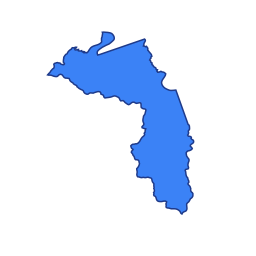 the district of Tonantins, Amazonas, Brazil, rotated 251°
{"feature_id": "56859067B7727099181602", "entity_name": "Tonantins", "entity_type": "district", "adm_level": 2, "iso_a3": "BRA", "parent_name": "Brazil", "parent_adm1": "Amazonas", "projection": "natural_earth1", "projection_center": [-67.705, -2.576], "detail": "fine", "context": "isolated", "style": "filled", "palette": "blue", "viewbox_px": 256, "rotation_deg": 251, "n_neighbors": 0, "source": "geoboundaries", "source_scale": "gbopen_adm2", "svg_char_len": 5940}
<svg xmlns="http://www.w3.org/2000/svg" viewBox="0 0 256 256"><g transform="rotate(251 128 128)"><path d="M204.4,69.3L203.8,70.2L203.4,71.5L202.8,72.7L201.2,74.6L200.5,75.7L200.1,76.5L199.9,77.0L199.8,78.1L200.8,80.3L200.8,81.6L200.2,82.5L199.4,83.2L197.2,83.8L196.3,84.3L195.5,85.2L195.1,86.3L194.6,87.3L193.9,88.5L191.6,88.6L190.5,89.1L189.6,89.7L188.8,90.5L187.6,90.8L186.6,91.5L185.7,92.4L184.8,93.3L183.6,93.2L182.7,93.9L181.7,94.4L180.8,95.1L179.6,96.2L178.8,97.1L177.8,97.9L176.5,97.9L175.2,98.3L174.3,99.0L173.3,100.2L173.0,101.3L173.4,102.5L173.5,103.8L172.3,106.5L172.4,107.7L172.3,110.7L172.1,111.8L171.4,113.2L170.1,113.7L168.9,113.4L167.3,115.2L166.3,115.4L165.1,115.3L163.9,116.0L163.7,117.3L163.1,120.1L162.9,121.5L162.8,122.7L162.9,124.3L162.7,125.8L162.0,127.0L160.2,128.8L159.2,129.4L156.9,129.6L156.0,130.0L155.8,131.1L155.5,132.3L154.3,133.1L153.3,133.4L152.1,134.2L150.5,135.4L149.8,136.3L149.9,137.4L150.8,139.9L150.8,141.2L150.3,142.3L149.4,143.0L148.6,143.9L148.3,145.8L148.1,147.4L147.4,148.1L146.4,148.1L145.4,147.8L144.2,147.4L143.1,147.2L142.0,147.9L141.2,148.7L140.6,150.0L139.7,150.8L138.7,150.6L137.8,149.9L136.8,149.3L135.6,148.5L134.7,147.3L134.1,146.5L132.9,145.9L131.6,145.1L130.5,144.6L129.1,144.3L127.9,144.4L126.6,144.3L125.8,143.7L124.6,141.6L123.7,141.4L123.0,142.2L122.1,143.3L121.4,144.5L120.6,143.8L119.6,143.2L118.5,142.8L117.8,141.6L116.6,141.7L115.6,140.9L114.6,138.4L113.8,137.2L112.9,136.1L112.0,135.2L111.2,134.1L110.5,132.8L110.2,131.1L110.6,130.0L110.7,128.5L111.1,127.3L110.8,125.9L110.2,124.8L108.1,124.7L107.1,125.1L106.2,125.8L105.4,125.0L104.9,123.8L103.8,123.2L102.8,123.6L101.8,123.9L100.5,123.9L99.1,124.5L96.6,124.4L95.6,124.8L95.1,126.0L94.5,127.0L93.6,127.5L92.6,127.5L91.6,127.3L90.6,127.3L89.7,126.7L88.7,125.9L87.5,124.5L86.7,123.0L85.6,122.7L84.5,122.6L83.2,122.3L82.3,121.8L81.1,121.2L79.9,121.0L78.7,121.3L78.1,122.5L77.2,123.6L76.6,124.8L76.4,126.4L75.8,127.4L75.3,128.6L75.2,129.8L75.0,130.9L74.1,132.0L73.5,133.1L72.6,133.8L71.6,133.8L70.4,133.6L69.1,133.6L66.9,134.3L65.7,133.9L64.7,133.5L63.4,133.4L62.5,132.7L61.5,132.8L60.5,132.7L59.3,132.2L58.7,131.2L57.5,131.2L56.7,130.6L55.6,130.5L54.5,131.5L53.6,131.8L50.8,131.7L49.6,132.1L48.8,132.8L48.0,134.3L47.5,135.7L47.2,138.1L46.7,139.6L45.7,140.5L44.7,139.9L43.8,139.1L42.7,139.1L41.7,138.5L40.4,138.3L39.6,139.2L38.9,140.7L37.6,142.5L36.6,145.4L36.0,146.7L35.3,147.8L34.6,148.5L33.6,149.3L32.3,150.0L30.0,150.3L29.1,151.0L30.1,152.1L30.5,153.2L30.6,154.8L30.8,156.0L31.7,157.0L32.9,157.6L36.2,158.4L37.3,158.9L38.0,160.2L38.4,161.3L39.2,162.4L40.0,163.2L40.7,163.9L41.1,165.2L41.7,166.3L42.6,167.2L44.8,168.0L45.8,167.8L47.0,167.1L48.0,166.9L49.2,167.1L50.2,167.6L51.1,167.6L52.5,167.6L53.4,167.3L55.0,166.5L56.1,166.7L56.9,167.9L58.2,168.2L59.6,168.0L61.7,168.2L62.9,167.6L63.7,167.6L65.3,167.7L67.9,168.3L69.2,168.2L70.0,168.9L69.9,170.6L69.9,171.8L70.9,172.4L72.3,172.4L73.5,172.6L74.4,173.0L75.7,173.8L76.7,174.7L77.8,175.3L78.8,175.4L80.3,174.9L82.5,174.3L83.4,174.5L84.5,174.6L85.7,175.0L86.6,176.3L86.8,177.6L86.6,178.7L86.7,180.1L87.0,181.3L87.7,182.1L89.1,181.8L90.3,181.0L91.4,181.3L92.1,182.7L92.4,184.2L93.1,185.3L94.2,185.8L95.3,185.7L96.4,184.7L97.5,184.2L98.3,184.8L99.4,184.6L100.1,183.5L100.6,182.4L101.9,182.1L102.6,183.0L103.7,183.8L104.6,183.7L105.9,184.3L106.4,185.5L107.6,186.1L109.9,186.7L111.0,186.6L111.9,186.0L148.3,185.6L148.8,183.4L149.4,181.2L149.9,180.0L150.6,179.0L152.1,177.3L153.9,175.7L155.2,175.0L156.6,174.5L157.6,174.3L158.9,174.3L160.0,174.5L160.9,175.0L162.2,176.1L164.6,179.3L165.7,180.5L167.0,181.3L168.5,180.5L169.2,179.8L169.8,178.7L170.4,177.9L170.9,177.6L170.7,176.8L170.8,176.4L170.7,175.8L170.9,174.7L171.1,174.2L171.6,174.3L171.9,174.0L172.4,173.8L172.8,174.1L173.1,174.5L173.5,174.8L173.9,173.8L174.4,173.7L175.5,173.9L175.9,173.7L176.3,173.5L177.0,172.6L177.9,172.4L178.4,172.0L179.0,172.1L179.6,171.8L180.1,171.3L180.5,171.5L180.9,171.5L181.5,171.9L181.9,171.8L182.3,171.5L182.7,171.0L184.3,171.2L185.2,170.6L186.0,171.4L186.5,172.4L187.6,172.7L188.0,173.9L190.0,174.0L191.0,173.6L192.1,173.2L193.0,172.8L194.1,172.5L195.1,172.0L196.1,172.4L197.0,172.7L199.2,172.1L199.1,171.0L200.0,170.3L200.5,169.3L201.4,170.0L202.4,170.4L203.2,171.1L204.0,172.0L204.8,172.8L205.8,173.0L206.7,172.6L206.7,125.2L206.9,123.1L207.7,123.1L209.1,123.3L210.1,123.8L210.9,124.8L211.2,125.4L211.8,126.9L212.7,130.0L213.4,134.6L213.6,137.4L214.4,139.8L215.3,141.9L215.9,143.1L216.4,143.7L216.8,144.0L217.6,144.3L218.8,144.5L219.4,144.5L221.2,144.1L222.6,143.4L223.0,143.0L223.9,141.9L224.9,140.1L226.6,136.2L226.9,134.9L226.0,134.9L225.1,134.5L224.3,134.0L223.7,133.7L222.7,133.2L221.5,132.2L219.5,131.5L218.0,131.1L217.6,130.6L217.1,129.5L216.8,128.4L216.6,126.7L216.7,122.9L216.7,122.1L216.5,120.5L216.0,119.0L215.7,118.5L214.7,117.0L213.0,114.9L212.9,114.6L212.9,114.1L212.5,113.7L212.6,113.2L213.0,112.6L213.4,111.2L213.6,110.7L214.0,110.7L214.0,111.2L214.3,111.6L214.7,111.1L214.8,110.5L214.6,110.0L214.8,109.6L215.7,109.3L216.2,109.4L216.3,109.0L216.1,108.5L216.3,107.9L216.6,107.4L217.0,106.4L217.3,106.1L217.7,106.1L218.0,106.5L218.4,106.8L218.6,106.4L218.4,105.7L218.6,105.1L218.8,104.0L219.1,103.4L219.6,103.3L220.5,103.6L220.5,104.3L220.5,104.9L221.1,105.6L221.4,105.1L221.5,103.2L221.5,102.5L221.9,102.0L222.0,101.5L221.7,100.7L221.4,100.3L220.9,99.9L220.7,98.5L220.5,98.0L219.8,96.5L218.7,95.2L218.1,94.7L217.9,94.1L217.9,93.5L217.8,93.0L217.5,92.6L216.9,91.7L216.0,90.5L215.6,90.2L214.8,90.0L214.4,89.6L213.5,89.2L213.1,89.0L212.4,88.7L211.8,88.6L211.5,88.3L210.8,88.5L210.3,88.5L209.8,88.9L209.2,88.7L209.0,88.4L208.8,87.9L208.9,87.3L209.2,86.8L210.2,85.4L210.7,85.1L211.3,85.0L211.7,84.6L212.1,83.5L212.8,82.7L213.0,81.5L212.9,80.6L213.0,80.0L213.0,79.6L212.8,79.1L212.5,78.7L211.9,78.5L210.9,78.5L210.5,78.4L209.3,77.8L208.6,77.0L208.4,75.9L207.8,74.9L207.2,73.8L206.5,72.9L205.8,72.1L205.4,71.0L204.4,69.3Z" fill="#3b82f6" stroke="#1e3a8a" stroke-width="1.5"/></g></svg>